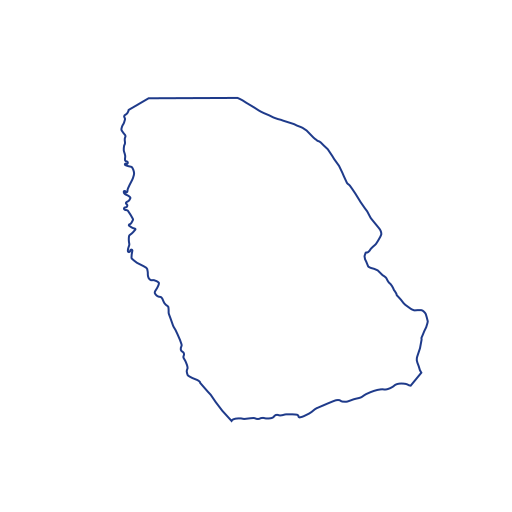 Dolores, Intibucá, Honduras (Robinson projection), rotated 59°
{"feature_id": "27666195B32253104626052", "entity_name": "Dolores", "entity_type": "district", "adm_level": 2, "iso_a3": "HND", "parent_name": "Honduras", "parent_adm1": "Intibucá", "projection": "robinson", "projection_center": [-88.358, 14.26], "detail": "fine", "context": "isolated", "style": "outline", "palette": "blue", "viewbox_px": 512, "rotation_deg": 59, "n_neighbors": 0, "source": "geoboundaries", "source_scale": "gbopen_adm2", "svg_char_len": 6117}
<svg xmlns="http://www.w3.org/2000/svg" viewBox="0 0 512 512"><g transform="rotate(59 256 256)"><path d="M111.0,190.4L65.5,266.8L65.2,289.9L66.4,291.2L67.3,292.8L67.6,294.0L67.7,295.8L67.8,296.3L68.1,296.7L68.4,297.1L68.9,297.3L70.5,297.5L71.1,297.7L71.6,298.1L73.7,300.4L74.4,301.4L75.3,303.1L76.0,304.1L77.4,305.6L78.2,306.2L79.1,306.5L82.2,306.3L84.9,305.9L85.5,306.0L85.9,306.1L86.4,306.4L87.2,307.4L87.9,308.1L89.2,308.9L91.0,309.7L91.7,310.1L92.5,310.8L93.4,312.1L94.1,312.7L95.5,313.8L97.3,314.9L98.4,315.3L100.9,315.9L102.7,316.5L103.6,317.0L105.3,318.3L106.4,318.9L106.9,318.9L107.6,318.8L108.0,318.5L108.6,317.9L109.0,317.7L109.6,317.7L110.1,317.9L110.5,318.4L110.6,318.7L110.6,319.1L110.4,319.6L109.7,320.1L109.6,320.6L109.7,321.0L110.2,321.3L110.7,321.2L111.6,320.6L113.3,319.1L115.1,317.2L115.5,316.9L116.1,316.6L117.3,316.6L119.1,316.8L120.9,317.3L122.3,317.9L123.1,318.5L123.8,319.1L125.8,321.3L126.9,322.8L130.0,327.8L132.2,331.0L133.0,331.9L134.2,332.8L134.7,333.4L134.8,333.8L134.8,334.2L134.7,334.5L134.0,334.9L133.1,334.7L132.7,335.1L132.5,335.4L132.5,335.8L132.7,336.1L132.9,336.3L133.9,336.7L134.7,336.6L135.3,336.5L136.3,336.0L137.8,334.9L138.9,334.3L140.5,333.7L141.4,333.7L141.8,334.0L142.1,334.5L142.7,335.5L143.1,336.5L143.2,337.6L143.1,339.0L143.2,339.5L143.4,340.0L143.8,340.3L144.2,340.4L145.3,340.1L146.0,340.1L146.6,340.4L147.1,341.0L147.3,341.5L147.3,342.1L147.2,342.6L146.9,343.4L146.8,343.8L147.0,344.3L147.3,344.7L147.9,344.9L148.7,344.7L149.3,344.3L149.9,343.4L150.4,343.0L150.9,342.6L151.4,342.5L156.3,342.3L160.2,342.4L161.2,342.5L161.4,342.7L161.7,342.9L162.6,344.3L163.4,345.7L163.8,346.9L163.7,348.6L164.0,349.0L164.3,349.2L164.9,349.1L167.6,347.8L168.8,347.0L170.2,345.7L170.6,345.5L171.0,345.6L171.2,345.8L172.2,348.8L172.7,350.9L173.0,353.6L173.3,354.2L173.6,354.6L175.0,355.7L176.8,356.8L178.4,357.6L180.4,358.4L181.1,358.8L181.8,359.5L182.9,360.8L183.9,361.9L185.1,362.9L186.1,363.4L186.5,363.4L186.9,363.2L187.2,362.9L187.3,362.5L187.3,362.1L187.2,361.7L187.0,361.4L186.4,360.9L186.2,360.3L186.2,359.9L186.3,359.6L186.6,359.3L186.9,359.1L187.3,359.1L187.7,359.2L190.7,361.8L193.0,363.4L193.6,363.7L194.2,363.8L196.8,363.0L200.4,361.6L201.7,360.8L206.8,357.6L209.4,356.2L210.4,356.0L211.2,356.0L213.4,356.8L214.5,357.3L216.4,358.4L217.8,359.0L218.7,359.2L219.7,359.4L221.1,359.2L222.1,358.8L222.7,358.4L223.0,357.9L223.9,356.3L224.4,355.7L225.2,355.1L226.3,354.2L227.4,353.6L228.3,353.2L228.9,353.1L229.6,353.4L230.5,354.3L231.6,355.8L232.6,357.4L233.8,359.8L234.3,360.7L234.9,361.4L235.6,361.8L236.3,361.9L237.5,361.8L238.5,361.6L239.5,361.2L240.6,360.5L241.9,359.0L242.4,358.6L243.0,358.4L244.6,358.3L247.4,358.7L249.4,358.8L251.4,358.4L253.6,357.5L254.5,357.4L255.5,357.8L256.9,358.5L259.8,360.2L261.1,360.6L265.4,361.4L272.7,362.9L274.2,363.1L278.0,363.1L282.8,363.6L288.9,364.4L293.2,365.3L293.8,365.5L294.5,365.9L296.1,367.8L296.9,368.3L297.6,368.7L298.2,368.8L298.9,368.8L299.6,368.6L301.0,368.0L301.6,367.9L302.4,368.0L303.1,368.3L303.6,368.6L304.8,370.0L305.7,370.5L306.8,370.6L309.1,370.6L311.0,370.8L313.9,371.3L315.9,371.9L317.0,372.5L318.3,374.1L319.4,374.9L321.1,375.5L322.8,375.9L323.8,375.7L325.5,374.8L327.8,373.4L332.2,370.1L333.6,369.4L334.8,369.0L335.4,369.0L336.1,369.2L347.4,367.2L351.6,366.3L360.3,365.8L371.3,364.6L384.8,361.9L384.5,361.3L384.3,360.7L384.3,360.1L384.4,359.2L384.9,357.3L386.0,355.0L387.4,352.6L389.1,350.7L389.7,349.9L391.9,345.0L393.5,341.7L394.3,340.7L395.8,339.5L396.7,338.3L397.2,337.2L397.5,335.3L398.0,334.1L398.7,332.9L400.1,331.5L400.9,330.3L401.7,329.0L402.4,327.5L402.9,326.2L403.1,325.1L403.1,324.0L402.6,322.6L402.5,321.8L402.5,320.9L402.9,320.0L403.4,319.2L404.6,318.1L405.2,317.3L406.0,315.4L406.8,312.7L407.4,311.4L410.5,306.3L412.1,304.0L413.1,302.7L413.6,302.3L414.4,302.0L414.9,302.0L415.6,302.3L416.2,302.2L416.8,301.8L417.1,300.9L417.6,299.3L417.9,297.6L418.2,294.2L418.4,291.6L418.3,288.7L417.7,284.5L417.7,282.4L419.4,270.1L420.2,264.9L420.7,262.2L421.3,260.6L422.3,259.0L423.0,258.4L424.4,257.7L425.3,256.9L426.8,254.7L427.4,253.7L427.8,252.7L428.2,250.9L429.1,246.2L429.8,243.8L430.7,241.1L431.2,239.2L431.3,237.7L431.1,234.9L431.1,232.7L431.7,227.9L432.4,224.3L433.3,221.0L434.6,217.7L435.4,216.2L436.6,214.7L437.1,213.8L437.6,212.7L438.0,211.2L438.4,209.0L438.5,206.8L438.5,205.5L438.2,203.6L438.2,202.7L438.4,201.3L438.8,200.0L439.4,198.5L440.3,196.9L441.3,195.4L442.7,193.6L443.8,192.6L445.8,191.3L446.8,190.2L441.2,174.4L438.3,174.3L434.3,173.3L430.5,172.6L428.2,171.9L426.5,170.8L425.9,170.3L424.9,169.2L420.7,164.3L419.6,163.0L413.4,157.5L412.6,156.9L411.6,156.5L411.2,156.1L409.5,153.7L407.1,150.5L405.6,148.2L404.7,146.8L401.9,143.7L400.7,142.6L400.4,142.4L396.4,141.2L393.3,140.4L391.8,140.4L390.0,140.8L388.7,141.3L388.0,141.8L387.5,142.3L385.7,145.2L384.4,147.9L383.9,148.5L383.3,149.0L382.1,149.9L380.8,150.6L374.7,153.2L372.4,153.8L368.1,154.3L364.0,155.1L362.4,155.5L361.9,155.5L361.0,155.2L360.1,155.1L357.8,155.1L356.3,155.3L354.3,155.0L351.9,154.9L349.5,155.1L347.1,155.8L344.9,155.9L342.3,155.7L341.3,155.8L339.6,156.4L337.6,157.4L331.7,158.9L331.0,159.1L327.9,161.3L325.7,163.4L324.7,164.2L323.2,165.1L322.6,165.2L317.5,164.4L315.0,164.2L312.3,163.2L312.0,163.0L311.4,162.4L310.7,161.5L310.0,160.8L309.7,160.2L309.7,159.7L310.2,159.2L310.3,158.8L310.4,157.9L310.2,156.9L309.9,155.8L309.2,154.4L308.9,153.6L308.3,151.1L307.8,148.3L307.5,147.1L307.0,146.0L305.7,143.4L303.5,139.5L302.5,138.1L301.9,137.4L301.0,136.9L300.0,136.5L298.5,136.2L297.1,136.1L295.2,136.3L284.2,137.9L282.3,138.1L280.4,138.0L275.0,137.7L271.1,138.1L263.5,138.6L261.4,138.6L253.6,138.7L247.9,139.0L244.0,139.3L242.8,139.6L241.4,140.2L240.2,140.4L232.7,139.6L229.1,139.1L221.5,138.4L213.1,139.1L209.6,139.1L201.4,139.5L196.2,141.0L192.1,142.0L190.5,142.7L189.4,143.6L188.9,144.0L187.4,144.5L185.8,145.2L183.9,145.8L174.5,148.0L170.1,150.1L168.5,151.2L165.2,153.8L162.8,155.3L161.7,156.2L154.0,163.0L152.1,164.5L149.9,166.7L147.5,168.7L146.1,169.8L142.3,172.2L137.5,175.7L134.9,177.4L132.6,178.7L128.5,180.7L119.7,185.4L115.6,187.4L113.0,189.0L111.0,190.4Z" fill="none" stroke="#1e3a8a" stroke-width="2"/></g></svg>